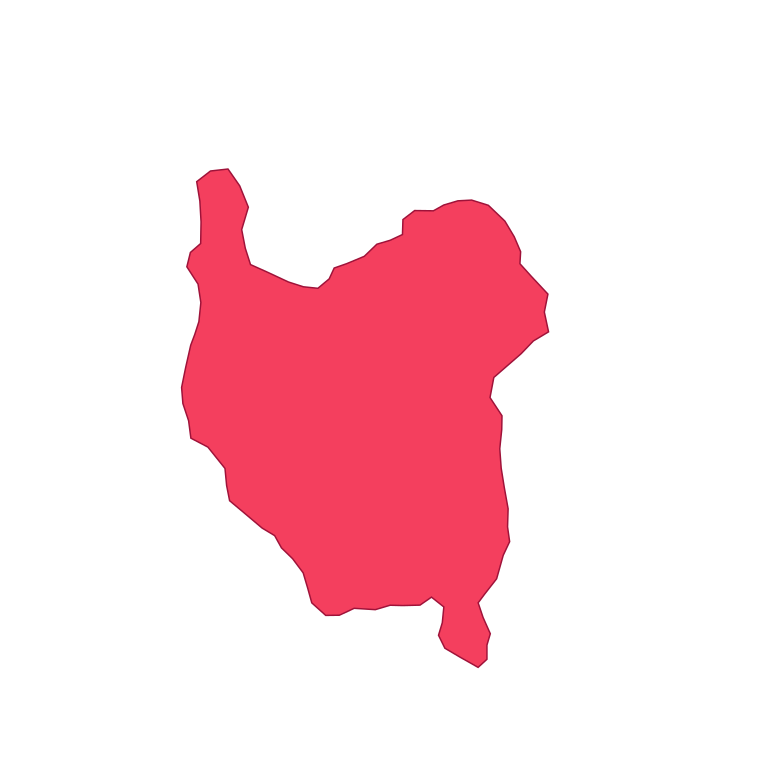 Ibitiúra de Minas, Minas Gerais, Brazil, rotated 319°
{"feature_id": "56859067B88505379898638", "entity_name": "Ibitiúra de Minas", "entity_type": "district", "adm_level": 2, "iso_a3": "BRA", "parent_name": "Brazil", "parent_adm1": "Minas Gerais", "projection": "equal_earth", "projection_center": [-46.408, -22.066], "detail": "fine", "context": "isolated", "style": "filled", "palette": "rose", "viewbox_px": 768, "rotation_deg": 319, "n_neighbors": 0, "source": "geoboundaries", "source_scale": "gbopen_adm2", "svg_char_len": 1335}
<svg xmlns="http://www.w3.org/2000/svg" viewBox="0 0 768 768"><g transform="rotate(319 384 384)"><path d="M269.1,659.6L281.1,659.3L290.4,648.6L300.4,642.2L305.6,625.2L311.5,610.9L322.6,608.5L341.2,604.9L361.6,591.5L375.4,585.4L383.5,572.9L395.8,559.6L406.9,541.0L417.3,524.3L428.9,508.8L442.9,495.7L452.2,485.4L455.1,463.8L471.2,451.1L486.4,451.1L507.5,451.1L525.0,449.5L542.4,452.6L552.2,434.9L566.7,423.7L565.8,399.1L565.5,382.4L573.9,373.8L578.9,358.3L582.1,340.4L580.0,317.6L570.8,302.7L559.9,294.2L546.5,288.1L534.9,285.7L520.9,273.2L506.2,272.3L496.0,283.3L483.0,279.6L470.3,273.8L452.9,274.7L434.8,268.7L422.5,263.8L411.6,268.7L396.9,268.4L386.9,257.7L378.8,244.3L369.5,223.4L361.6,206.3L368.4,190.5L377.9,174.1L397.6,161.6L405.1,139.8L407.3,119.4L392.8,109.4L375.4,108.4L365.0,125.2L352.3,141.6L337.8,157.7L324.2,157.7L312.1,166.2L309.2,186.6L299.2,202.4L285.2,215.5L273.6,222.5L263.6,227.9L245.3,241.3L229.0,253.8L219.4,266.8L212.4,283.6L202.7,298.2L209.7,316.1L208.6,343.4L198.6,357.4L190.9,370.8L194.1,390.9L197.5,412.8L202.0,426.7L199.1,440.4L200.4,455.9L199.1,473.5L192.3,488.4L185.9,501.8L188.2,520.4L198.6,529.2L214.3,533.7L229.4,548.6L243.5,555.0L252.8,563.5L266.1,574.5L280.0,576.0L282.9,591.5L271.4,602.4L260.3,609.4L256.6,623.4L262.1,639.8L269.1,659.6Z" fill="#f43f5e" stroke="#9f1239" stroke-width="1.5"/></g></svg>